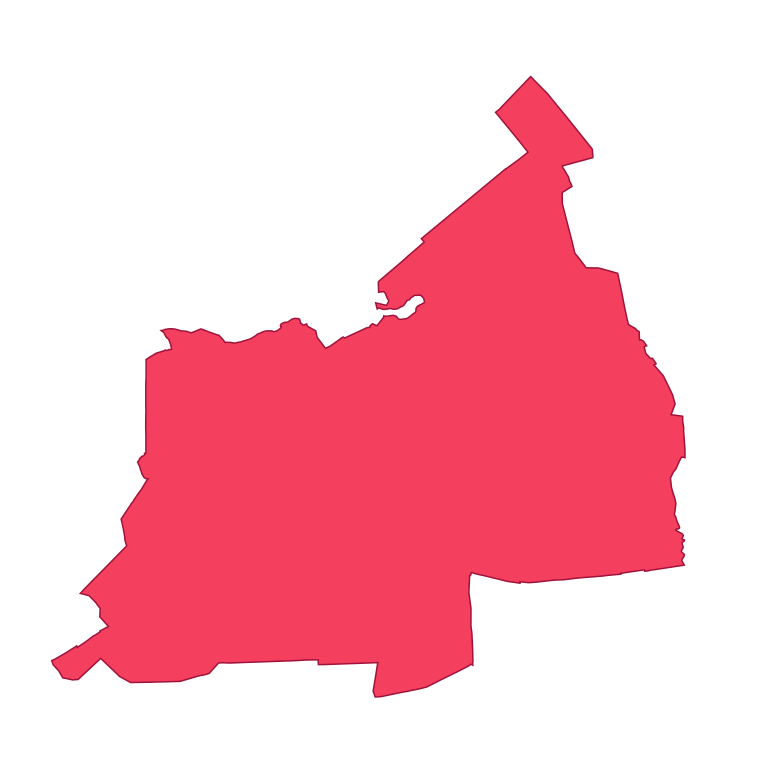 the district of Vaboles pag., Daugavpils, Latvia, rotated 274°
{"feature_id": "27541924B48238207872325", "entity_name": "Vaboles pag.", "entity_type": "district", "adm_level": 2, "iso_a3": "LVA", "parent_name": "Latvia", "parent_adm1": "Daugavpils", "projection": "mercator", "projection_center": [26.498, 56.031], "detail": "fine", "context": "isolated", "style": "filled", "palette": "rose", "viewbox_px": 768, "rotation_deg": 274, "n_neighbors": 0, "source": "geoboundaries", "source_scale": "gbopen_adm2", "svg_char_len": 6026}
<svg xmlns="http://www.w3.org/2000/svg" viewBox="0 0 768 768"><g transform="rotate(274 384 384)"><path d="M700.9,508.8L666.0,479.8L662.8,476.3L645.0,493.2L633.2,504.2L625.3,511.4L617.5,503.0L607.2,490.8L607.3,490.5L531.6,411.1L528.4,414.2L511.7,397.4L511.4,397.3L506.8,392.7L486.4,371.9L485.4,371.2L475.2,372.2L476.0,376.4L475.8,377.6L475.3,378.5L469.2,381.6L468.7,382.2L467.6,382.8L466.8,382.9L462.6,381.0L464.4,370.0L457.7,372.2L458.2,372.2L459.0,372.5L459.5,373.1L459.2,374.9L458.7,376.3L458.4,378.0L458.5,379.8L458.8,380.8L459.0,382.2L459.6,384.1L459.7,385.5L459.7,386.2L459.4,386.9L459.3,388.6L459.4,389.8L459.6,390.9L460.0,392.2L460.5,393.0L462.0,395.2L462.8,397.0L464.0,398.3L466.4,399.8L468.6,401.0L469.0,401.5L469.4,402.2L469.6,402.7L469.6,403.3L470.3,403.9L472.0,404.9L472.2,405.2L472.7,406.1L474.2,407.8L474.6,408.5L474.7,410.4L475.0,411.6L474.9,412.8L475.2,414.3L472.8,417.1L471.2,418.0L468.5,418.6L467.6,418.1L466.8,416.5L465.9,415.5L465.5,414.4L464.3,412.8L464.4,412.7L463.8,412.0L462.6,411.2L461.3,410.6L459.5,410.8L457.9,410.4L456.8,409.2L455.7,407.7L454.0,406.0L452.0,403.7L451.3,402.8L450.8,401.8L449.8,397.1L449.6,395.8L449.6,395.1L450.0,393.9L450.4,393.3L452.4,391.7L452.9,389.5L453.1,388.3L453.0,387.6L452.6,385.5L452.1,383.6L451.9,382.3L451.8,381.1L451.9,378.9L450.5,379.0L441.7,372.9L443.2,368.4L443.3,368.3L443.2,368.1L441.0,366.0L439.6,365.9L438.9,362.9L427.1,341.5L428.0,340.1L427.5,339.0L423.2,334.0L418.1,327.7L415.5,323.1L426.0,314.0L432.3,312.2L436.1,304.0L436.7,303.5L437.6,302.9L438.5,302.7L438.3,302.0L437.2,299.9L437.3,299.1L437.6,298.5L438.7,297.5L438.8,296.5L442.8,295.3L443.0,294.0L443.3,293.3L443.3,292.5L443.2,291.3L443.2,290.2L442.8,289.4L442.5,288.3L442.2,287.6L440.4,285.4L439.4,284.1L439.0,283.4L438.6,281.2L438.4,280.2L437.8,278.8L436.7,277.3L436.3,277.0L435.5,276.6L435.0,276.6L434.4,276.8L434.2,277.5L433.2,277.4L431.7,276.1L429.9,274.0L428.6,271.2L428.5,270.7L428.6,269.5L429.2,268.7L429.3,268.1L428.7,267.0L428.7,266.8L429.1,266.2L428.6,262.4L428.3,261.2L427.1,258.5L426.2,257.1L425.2,254.7L424.6,253.9L424.1,253.6L423.3,252.6L420.9,249.4L419.2,246.5L416.6,239.5L415.9,237.9L415.3,235.2L414.7,233.6L414.3,231.6L414.8,228.3L414.6,223.1L414.3,222.8L417.8,219.5L421.0,216.1L421.7,213.1L423.0,208.3L423.7,205.8L425.7,199.5L426.1,197.8L426.1,197.2L423.0,191.2L421.6,187.9L422.8,183.3L422.8,178.3L423.4,175.7L424.2,171.6L424.3,167.3L423.8,164.4L423.1,161.6L422.7,160.8L422.3,159.9L421.8,157.9L421.2,158.7L420.3,160.4L419.3,161.2L416.1,163.1L415.2,163.9L413.3,166.3L413.2,166.2L409.1,168.2L403.9,169.7L403.4,168.0L403.4,167.2L402.5,165.4L402.2,164.5L402.6,163.4L401.9,162.3L401.0,160.2L398.9,154.7L394.8,148.8L391.8,144.9L386.4,145.4L373.9,146.2L368.4,146.3L344.1,148.0L343.0,148.2L339.0,148.5L337.2,148.5L324.0,149.3L315.9,150.1L298.6,151.3L298.4,150.5L298.1,150.0L297.6,150.4L297.3,150.1L295.9,149.6L295.4,149.1L295.1,147.7L294.4,147.0L293.6,146.5L293.2,145.9L292.1,145.3L291.9,145.4L291.3,145.2L290.7,144.8L290.3,144.5L289.6,144.0L289.1,143.7L288.8,143.6L288.0,144.2L286.3,145.0L285.2,145.7L282.4,146.9L281.4,147.1L280.3,147.8L277.6,148.7L274.3,150.9L273.3,152.3L272.9,153.5L272.8,154.0L272.8,154.4L273.0,155.2L271.1,154.0L260.6,148.6L260.5,148.4L259.1,147.4L251.6,143.0L249.6,142.1L248.0,140.9L230.9,131.2L221.2,134.1L213.4,136.0L210.6,136.4L208.3,137.1L204.6,138.6L190.1,126.3L163.7,103.7L159.5,100.1L153.9,95.7L152.3,104.5L147.9,109.5L145.5,112.1L144.4,112.9L140.2,116.6L131.9,116.7L122.9,126.0L117.8,117.8L117.0,118.1L114.3,114.6L113.5,113.8L112.9,112.3L105.9,104.2L99.8,96.3L101.3,95.8L94.5,86.6L86.6,75.0L84.9,71.8L80.8,73.6L75.2,79.5L68.5,84.0L68.2,86.5L67.1,94.0L67.9,99.5L90.5,120.5L78.7,134.8L73.8,140.6L68.5,152.1L69.0,157.4L70.3,172.3L73.1,201.3L79.2,217.7L80.6,221.9L81.4,225.3L83.0,229.7L94.1,238.4L94.6,241.7L94.9,249.8L96.2,261.5L101.7,313.7L103.2,325.2L103.8,332.1L104.2,337.5L99.5,338.1L99.9,343.4L105.6,397.2L90.7,395.9L76.9,394.6L71.2,397.0L71.9,402.8L75.4,415.2L78.2,425.2L78.8,427.8L82.6,441.4L84.8,447.9L92.8,461.3L100.4,474.3L101.9,477.0L109.3,489.1L110.6,489.9L109.6,492.2L112.3,491.9L113.0,492.1L125.6,490.9L141.2,489.1L148.8,487.6L166.4,486.4L181.8,483.2L198.7,482.8L198.6,483.2L199.6,483.9L202.0,484.3L200.7,490.7L199.8,497.0L197.7,509.4L197.6,510.3L195.7,520.8L194.8,533.6L196.3,533.3L196.1,535.2L195.9,542.2L196.7,548.2L199.0,560.7L199.7,564.5L200.5,569.8L201.3,577.3L203.1,586.3L204.4,593.7L207.7,615.7L208.8,621.0L209.8,627.4L210.9,633.7L211.7,633.5L216.8,656.7L215.4,657.0L215.9,660.0L217.1,663.7L217.7,667.1L224.3,696.2L228.4,693.5L229.6,693.5L232.8,695.2L233.7,695.5L234.5,695.6L235.0,695.4L235.8,694.4L236.5,693.4L237.4,692.5L237.7,692.3L238.5,692.4L239.3,692.7L241.7,693.9L242.4,693.8L244.9,692.7L245.4,692.5L246.4,692.5L247.3,693.3L248.4,694.5L248.9,694.7L249.3,694.6L249.6,694.3L249.6,693.0L249.8,692.3L250.3,692.1L251.0,692.3L251.7,692.6L253.3,693.1L253.8,693.1L254.7,692.6L255.5,691.6L258.0,686.2L258.4,685.5L258.8,685.2L259.3,685.2L259.6,685.5L259.8,686.0L259.9,687.5L260.1,687.9L260.5,688.5L261.2,688.8L261.8,688.8L262.6,688.5L267.0,686.1L271.1,684.5L272.5,683.9L274.0,682.7L276.8,683.1L285.1,683.5L289.3,682.4L294.2,680.5L294.1,680.3L295.5,679.9L300.8,678.0L309.8,676.4L310.6,676.5L316.3,678.8L319.6,681.1L328.8,684.5L331.9,686.0L331.5,689.4L339.4,688.8L353.8,686.8L357.5,686.2L361.3,686.0L368.6,684.4L372.1,684.3L372.7,684.1L373.4,672.5L384.3,675.8L393.4,672.6L411.5,662.2L421.9,651.9L422.9,653.9L423.5,653.9L423.6,653.7L428.3,650.1L428.4,649.9L428.1,648.3L428.1,648.0L432.8,643.0L439.2,641.0L439.5,641.0L440.4,643.3L444.6,640.1L446.0,637.7L445.8,635.8L454.0,634.9L455.6,632.0L456.9,631.0L456.8,630.9L460.4,623.7L465.4,622.1L478.2,618.4L491.1,615.0L510.7,609.4L513.8,594.6L514.7,589.6L514.5,586.7L514.0,577.6L522.8,570.0L527.5,565.5L528.6,565.0L539.7,561.5L576.3,549.3L587.4,548.4L594.2,557.7L596.6,556.7L599.4,554.9L603.3,553.7L605.5,552.1L610.6,548.7L611.4,547.7L614.0,546.7L617.9,557.9L624.4,576.6L632.5,575.5L633.6,574.7L663.1,547.5L678.7,532.7L684.6,527.3L700.9,508.8Z" fill="#f43f5e" stroke="#9f1239" stroke-width="1.5"/></g></svg>